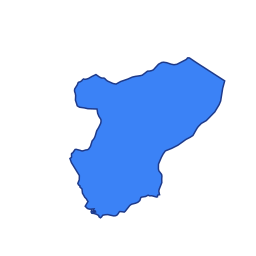 Córdoba, Robinson projection, rotated 211°
{"feature_id": "COL-1316", "entity_name": "Córdoba", "entity_type": "Department", "adm_level": 1, "iso_a3": "COL", "parent_name": "Colombia", "parent_adm1": "", "projection": "robinson", "projection_center": [-75.681, 8.405], "detail": "fine", "context": "isolated", "style": "filled", "palette": "blue", "viewbox_px": 256, "rotation_deg": 211, "n_neighbors": 0, "source": "natural_earth", "source_scale": "10m", "svg_char_len": 2449}
<svg xmlns="http://www.w3.org/2000/svg" viewBox="0 0 256 256"><g transform="rotate(211 128 128)"><path d="M66.6,87.1L67.9,85.8L67.9,85.2L67.3,84.2L68.0,83.5L72.7,82.2L74.5,81.0L76.0,80.8L76.6,80.2L77.0,79.4L77.7,78.3L80.6,75.9L81.2,75.0L80.5,71.9L81.3,69.4L82.8,67.4L85.4,64.8L86.1,63.7L86.6,62.4L87.5,55.1L88.0,53.9L88.5,53.8L90.7,52.8L91.0,52.6L92.0,52.2L92.3,51.3L92.3,49.7L92.5,48.1L92.8,47.3L93.6,46.3L94.4,45.7L95.0,45.3L98.2,44.2L100.7,43.4L102.9,41.9L104.7,40.2L104.9,38.0L105.4,36.8L107.2,37.0L108.0,37.9L110.6,37.8L113.2,37.2L115.1,36.3L115.7,36.6L116.3,37.0L116.7,37.7L116.7,38.8L115.6,38.3L114.5,38.1L113.4,38.4L112.5,39.3L113.1,39.8L113.6,40.0L114.0,39.8L114.6,39.3L115.1,39.9L115.4,40.1L115.6,40.4L115.6,41.1L118.0,39.3L119.5,38.5L121.3,38.1L123.0,38.5L124.4,38.9L124.4,39.1L124.4,44.4L126.4,45.3L127.1,45.8L129.4,46.4L133.5,48.7L134.7,50.3L136.0,52.0L138.9,52.7L139.2,53.5L139.6,53.7L140.1,53.7L141.2,53.8L142.5,54.7L143.1,58.5L145.2,62.2L158.7,69.2L162.1,72.0L161.3,73.6L161.6,74.3L163.0,76.5L163.2,77.1L162.9,77.7L162.6,78.1L162.3,82.3L161.5,83.0L157.6,84.2L156.4,84.4L155.5,84.7L154.5,85.6L152.9,87.4L152.1,88.0L151.4,88.7L150.9,89.6L150.7,92.9L152.1,98.4L151.7,100.7L151.7,102.0L151.9,103.9L153.4,109.5L153.4,113.3L153.8,117.8L154.3,119.3L154.9,120.4L155.7,121.4L158.9,123.0L161.5,124.9L164.3,128.3L172.5,123.8L175.9,122.7L180.1,120.9L181.9,120.8L183.0,120.9L184.5,122.3L187.4,124.8L189.6,128.9L191.3,130.8L192.4,131.6L193.3,132.8L193.8,134.1L193.7,139.0L194.0,140.6L194.1,141.0L194.0,141.7L192.8,143.0L192.4,143.8L192.0,144.6L191.9,145.7L191.4,147.1L190.0,147.5L188.7,148.6L187.4,150.1L185.4,153.7L183.0,157.3L178.8,157.0L177.2,157.1L176.0,157.4L174.9,158.1L173.9,158.5L172.8,158.3L171.5,157.9L169.7,157.7L163.9,158.4L161.9,159.1L160.8,159.6L159.2,162.4L158.2,164.1L153.4,169.8L150.5,173.9L148.3,176.0L144.4,179.2L143.0,180.6L140.6,186.7L138.6,188.1L137.2,189.5L136.2,191.0L134.7,198.4L132.8,201.6L131.4,202.7L128.5,203.9L123.9,204.9L121.2,205.9L118.9,207.8L113.5,216.5L113.1,217.9L113.1,218.7L112.1,219.4L111.3,219.7L103.7,219.3L98.6,219.1L69.4,218.2L67.3,210.8L62.5,198.9L61.9,194.9L61.9,186.5L64.7,174.7L67.5,169.7L68.5,165.5L68.7,163.2L68.5,155.0L70.0,152.0L72.4,148.1L76.4,138.9L80.1,133.0L84.2,127.6L84.5,123.8L84.3,120.0L83.3,112.8L82.1,110.7L80.8,108.5L79.5,107.2L75.3,105.5L74.2,104.3L72.8,101.6L70.9,98.6L69.7,91.5L69.1,89.8L67.0,87.4L66.6,87.1L66.6,87.1Z" fill="#3b82f6" stroke="#1e3a8a" stroke-width="1.5"/></g></svg>